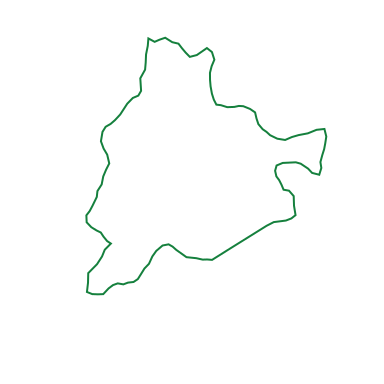 the district of Taiúva, São Paulo, Brazil, rotated 26°
{"feature_id": "56859067B50501087510424", "entity_name": "Taiúva", "entity_type": "district", "adm_level": 2, "iso_a3": "BRA", "parent_name": "Brazil", "parent_adm1": "São Paulo", "projection": "equal_earth", "projection_center": [-48.427, -21.141], "detail": "fine", "context": "isolated", "style": "outline", "palette": "green", "viewbox_px": 384, "rotation_deg": 26, "n_neighbors": 0, "source": "geoboundaries", "source_scale": "gbopen_adm2", "svg_char_len": 1669}
<svg xmlns="http://www.w3.org/2000/svg" viewBox="0 0 384 384"><g transform="rotate(26 192 192)"><path d="M85.5,73.1L88.2,80.1L90.4,88.5L93.7,96.1L96.2,102.6L95.7,112.5L101.9,123.4L101.5,128.9L97.6,133.4L95.1,141.0L93.5,153.8L91.3,161.1L89.0,166.5L85.8,171.2L85.2,177.2L87.9,186.3L93.5,191.7L99.4,195.6L105.1,202.6L105.0,209.6L105.4,216.9L107.5,224.8L106.6,232.6L108.6,238.2L108.6,248.1L108.4,253.9L107.3,259.3L110.6,265.4L117.0,267.8L123.1,268.4L127.8,268.4L132.0,270.9L137.2,273.3L141.7,273.9L138.9,282.1L139.4,289.4L138.3,298.5L134.3,310.4L138.3,319.1L141.4,327.9L147.1,327.5L152.3,325.2L157.0,322.7L159.3,315.2L161.8,310.3L165.3,306.7L170.8,305.1L174.2,301.5L178.9,298.5L181.5,294.0L182.2,287.6L182.8,281.6L184.8,275.4L184.6,267.3L185.7,260.6L189.0,253.0L193.9,249.3L198.5,249.6L203.1,250.9L215.6,253.0L224.9,249.6L231.2,248.1L235.2,246.0L239.8,244.2L249.6,228.4L273.9,189.6L278.7,183.2L288.9,176.5L292.9,172.2L295.2,167.4L289.7,159.6L285.2,151.1L278.6,148.3L273.3,149.8L269.2,146.2L265.1,143.1L261.0,141.0L257.4,136.5L256.4,131.1L260.8,126.1L272.3,119.8L277.3,118.9L286.1,120.1L291.6,122.2L298.8,120.7L297.7,113.7L294.3,108.8L292.9,101.6L292.0,95.6L290.5,90.1L288.4,83.3L283.4,77.3L276.7,81.5L270.4,88.5L262.9,94.1L257.7,98.8L252.9,104.4L245.3,106.7L237.3,106.7L232.6,105.3L228.0,104.6L221.9,101.9L217.7,97.6L213.8,92.8L207.7,91.9L200.5,92.4L196.4,94.1L192.7,97.0L186.5,100.3L179.9,101.3L175.6,102.8L171.1,99.4L166.8,94.9L162.4,88.9L159.1,83.4L155.9,77.0L154.5,70.3L154.1,63.3L148.6,57.5L142.3,56.1L136.3,66.8L130.8,71.5L125.2,69.5L120.0,67.2L114.8,64.6L108.6,66.0L100.3,65.1L96.0,69.4L92.6,73.4L85.5,73.1Z" fill="none" stroke="#15803d" stroke-width="2"/></g></svg>